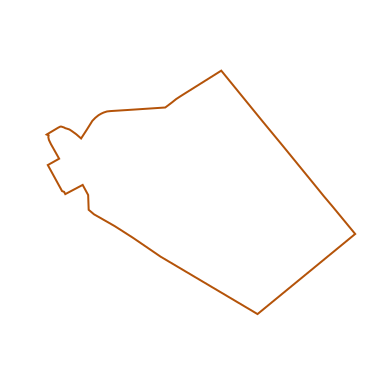 outline of Tevragh Zein, Nouakchott, Mauritania, rotated 141°
{"feature_id": "47542326B736390613482", "entity_name": "Tevragh Zein", "entity_type": "district", "adm_level": 2, "iso_a3": "MRT", "parent_name": "Mauritania", "parent_adm1": "Nouakchott", "projection": "mercator", "projection_center": [-15.996, 18.127], "detail": "fine", "context": "isolated", "style": "outline", "palette": "amber", "viewbox_px": 384, "rotation_deg": 141, "n_neighbors": 0, "source": "geoboundaries", "source_scale": "gbopen_adm2", "svg_char_len": 780}
<svg xmlns="http://www.w3.org/2000/svg" viewBox="0 0 384 384"><g transform="rotate(141 192 192)"><path d="M268.8,328.1L267.8,326.2L269.1,325.1L270.4,322.6L271.5,318.0L274.3,301.5L287.1,303.7L292.4,274.5L291.3,272.6L291.8,270.1L272.5,266.3L274.6,255.0L283.5,243.2L282.2,236.3L273.5,214.0L266.8,193.9L257.1,161.5L217.9,55.9L91.6,56.7L91.9,91.6L92.2,105.7L92.2,115.3L92.4,171.1L92.7,201.9L92.9,267.9L134.2,272.9L138.4,273.4L141.0,273.7L146.0,274.2L151.0,274.2L159.6,274.5L188.1,294.6L204.3,306.1L207.4,308.1L210.8,309.4L213.2,310.0L216.3,310.5L220.5,310.5L224.7,310.0L234.3,306.7L244.5,303.4L245.6,309.7L247.1,315.2L247.9,317.7L249.5,320.2L250.3,321.3L250.8,322.6L252.4,325.1L253.2,325.7L255.5,326.2L268.6,328.1L268.8,328.1Z" fill="none" stroke="#b45309" stroke-width="2"/></g></svg>